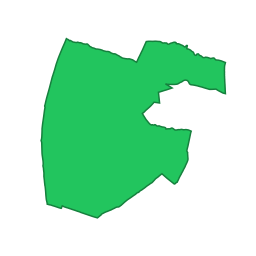 Santa Catarina Ayometla, Tlaxcala, Mexico (Albers equal-area conic projection), rotated 14°
{"feature_id": "50627088B90127145073625", "entity_name": "Santa Catarina Ayometla", "entity_type": "district", "adm_level": 2, "iso_a3": "MEX", "parent_name": "Mexico", "parent_adm1": "Tlaxcala", "projection": "albers", "projection_center": [-98.213, 19.193], "detail": "fine", "context": "isolated", "style": "filled", "palette": "green", "viewbox_px": 256, "rotation_deg": 14, "n_neighbors": 0, "source": "geoboundaries", "source_scale": "gbopen_adm2", "svg_char_len": 5725}
<svg xmlns="http://www.w3.org/2000/svg" viewBox="0 0 256 256"><g transform="rotate(14 128 128)"><path d="M214.2,71.1L213.5,68.9L213.1,67.6L212.7,66.2L212.0,63.9L211.7,62.8L211.2,61.3L210.4,58.7L210.0,57.2L209.7,56.4L209.4,55.3L209.3,54.8L209.1,54.4L208.8,53.3L208.7,52.7L208.5,52.2L208.2,50.8L208.1,50.3L207.9,49.7L207.6,48.8L207.5,48.1L207.0,46.0L206.9,45.5L206.8,44.8L206.7,44.0L206.7,43.5L206.7,42.8L206.7,42.6L206.7,41.8L206.7,40.9L205.9,40.8L202.1,40.3L199.3,40.3L197.6,40.6L196.4,40.6L194.8,39.4L193.8,39.4L192.2,40.2L191.5,40.6L190.6,40.5L189.3,40.4L188.1,40.3L186.2,40.5L185.1,41.2L183.8,41.5L182.9,41.1L181.8,40.5L181.1,40.3L179.7,40.2L179.0,39.5L178.3,39.1L177.1,39.5L176.7,40.4L176.5,41.0L175.9,41.1L175.2,41.0L174.5,40.5L173.9,39.7L173.1,38.7L172.3,38.4L171.1,38.1L170.4,37.6L169.5,37.2L168.6,37.0L167.5,36.8L166.8,36.9L165.9,36.8L165.8,36.4L165.7,35.3L165.7,34.6L165.6,33.7L165.2,33.6L164.6,34.0L164.3,34.9L163.6,35.6L162.9,35.5L161.8,35.0L160.8,34.7L159.3,34.5L158.4,34.3L157.3,34.1L156.4,34.1L155.3,34.4L154.4,34.4L154.0,33.6L153.3,33.4L152.4,33.5L151.4,33.9L150.4,34.6L149.5,35.1L148.6,35.6L148.1,36.2L147.3,36.8L146.4,37.0L145.7,36.7L145.0,36.2L144.1,36.4L143.1,36.5L141.4,37.1L140.5,37.0L138.8,36.4L137.7,36.4L136.4,36.7L135.0,36.9L133.4,37.2L130.9,38.0L128.9,38.4L127.7,38.7L126.3,39.1L124.8,39.7L124.0,44.1L123.1,49.2L122.6,51.4L122.1,53.9L121.7,55.8L121.3,57.3L121.3,57.6L120.7,60.7L120.4,62.1L119.6,61.9L118.8,61.7L117.8,61.4L117.1,61.1L115.8,60.7L114.9,60.7L114.1,60.6L112.4,60.6L110.8,61.1L109.6,61.2L109.0,61.3L107.4,61.4L105.6,61.5L104.6,61.1L103.2,60.8L101.8,60.2L100.2,59.9L99.2,59.6L98.3,59.3L97.2,59.2L96.4,59.5L95.4,59.5L94.3,59.4L93.2,59.2L92.2,58.8L91.3,58.6L90.0,58.6L88.5,59.0L87.5,59.0L85.2,59.0L84.1,58.7L83.3,58.7L82.8,58.6L81.8,58.6L80.6,58.7L79.3,58.8L77.9,59.1L76.6,58.9L75.5,58.7L74.5,58.8L73.5,58.7L72.5,58.3L71.2,58.1L70.4,57.5L69.5,57.0L68.5,56.4L67.8,56.4L66.9,56.8L66.2,57.0L65.5,57.0L64.9,57.1L64.2,57.2L63.8,57.1L63.1,56.9L62.3,56.8L61.5,56.7L60.9,56.8L60.5,57.0L60.0,57.0L59.5,56.9L58.1,57.0L57.5,57.5L56.2,57.7L55.5,57.7L54.5,57.9L53.1,57.7L52.1,57.3L51.3,57.2L50.7,57.0L50.3,57.1L50.2,57.4L49.7,57.2L49.2,57.0L48.4,56.6L47.7,56.5L47.2,56.4L46.6,56.2L46.0,60.6L45.8,61.7L45.0,66.3L43.9,73.8L43.4,77.7L42.9,83.5L42.7,90.1L42.6,90.6L42.6,91.8L42.5,92.6L42.4,94.2L42.4,94.6L42.2,96.8L42.1,108.5L41.8,118.3L41.8,122.3L41.9,125.0L41.8,126.8L42.3,127.8L42.5,127.9L42.5,128.0L42.7,131.1L43.3,136.3L44.2,145.1L44.8,149.6L45.2,151.2L45.7,153.5L45.8,153.7L45.8,154.0L46.5,157.4L46.8,159.8L46.7,160.6L46.7,160.9L46.8,161.4L47.0,161.6L47.4,162.3L47.8,163.0L49.8,170.1L50.7,173.3L51.2,174.8L53.4,180.2L53.6,180.7L54.3,182.9L54.6,184.6L54.6,185.3L55.0,186.1L55.5,187.1L55.7,187.5L56.0,188.5L56.8,190.6L57.3,191.9L57.8,194.0L58.1,195.3L59.4,198.7L60.2,201.0L60.7,202.3L61.2,203.7L61.7,204.7L62.2,206.0L63.3,209.1L64.8,213.7L65.8,216.5L66.2,217.5L67.5,220.0L68.1,221.5L69.0,221.4L69.2,221.5L69.8,221.5L70.4,221.5L70.8,221.5L71.6,221.4L73.7,221.6L75.9,221.7L78.3,221.9L80.7,222.1L82.6,222.1L82.8,221.9L82.9,219.9L82.9,219.6L83.0,219.5L83.2,219.4L85.1,219.9L87.9,220.1L88.8,220.1L90.9,220.3L92.4,220.4L93.5,220.5L96.3,220.7L99.3,221.0L101.7,221.1L102.0,221.2L102.1,221.3L115.3,222.4L117.4,222.5L120.1,222.6L120.7,221.8L122.1,219.9L122.9,218.9L122.9,218.7L123.0,218.3L123.2,217.9L123.6,217.6L124.8,216.5L125.6,215.8L126.2,215.2L126.3,215.2L126.7,214.9L127.5,214.3L128.2,213.9L129.2,213.1L129.9,212.6L131.6,211.4L132.2,210.8L133.9,209.4L134.4,209.0L135.1,208.3L135.6,207.9L136.0,207.6L136.4,207.4L137.0,207.2L137.6,207.0L137.9,206.9L138.3,206.6L138.9,206.1L139.3,205.4L140.1,204.6L140.4,204.1L141.0,203.2L141.5,202.5L142.6,200.8L143.8,199.2L144.9,197.7L146.3,196.2L147.3,195.1L149.6,192.4L150.3,191.6L150.8,191.1L151.4,190.4L151.9,189.6L152.6,188.7L152.9,188.4L153.4,188.1L153.9,187.9L154.4,186.9L154.8,186.3L155.3,185.7L156.3,184.8L157.3,183.6L158.9,181.7L160.0,180.2L161.1,178.9L162.3,177.6L163.2,176.5L164.0,175.7L164.6,175.1L165.0,174.4L166.2,172.2L167.0,170.6L167.8,169.6L168.8,168.5L169.5,167.5L170.5,166.1L170.8,165.7L171.2,165.2L171.5,164.8L171.8,164.5L172.0,164.2L178.2,167.4L186.3,171.1L186.9,171.0L187.6,170.1L187.9,169.5L188.2,169.1L188.9,168.6L188.9,168.1L189.2,166.8L189.4,166.0L189.7,164.0L190.2,161.9L190.8,159.8L191.0,158.6L191.5,157.0L191.9,154.9L192.6,152.3L192.8,151.2L192.9,150.3L193.3,148.3L193.4,147.9L193.7,146.1L193.7,145.7L193.8,145.0L193.8,144.3L193.7,143.7L193.5,142.9L193.2,142.1L192.9,141.2L192.6,140.2L192.1,138.7L192.0,138.4L191.8,137.3L190.9,136.5L190.8,136.4L190.5,135.1L190.5,133.9L190.5,130.9L190.2,122.5L190.0,117.5L190.1,115.8L187.1,115.3L184.6,115.5L183.3,116.0L182.2,116.3L181.4,116.3L180.1,116.4L179.3,116.8L178.0,117.3L177.1,117.4L176.1,118.0L174.5,118.5L173.5,118.4L172.5,117.9L171.4,117.5L170.6,117.4L170.0,117.7L169.0,118.6L167.8,118.9L167.0,119.1L165.1,119.8L164.7,119.0L164.0,118.6L162.6,118.5L161.0,118.7L158.9,118.6L157.6,118.4L156.5,118.9L155.5,119.0L154.8,118.7L154.0,118.3L153.2,118.3L152.4,118.9L151.8,119.0L151.0,118.9L150.5,119.1L150.2,119.4L149.6,119.3L148.9,119.1L148.2,118.9L146.5,117.7L144.9,116.5L143.4,115.4L142.8,114.8L142.4,114.4L140.1,112.2L138.4,110.4L139.5,109.1L140.2,108.0L140.9,106.7L142.3,104.7L143.8,102.5L144.7,101.1L145.1,100.4L146.5,97.8L147.0,96.7L150.6,96.3L152.6,96.1L148.9,86.0L151.1,84.7L152.4,83.9L155.0,82.3L155.6,82.0L161.1,78.5L153.6,76.1L155.5,76.1L156.6,75.9L159.2,75.3L160.5,75.0L162.5,74.5L164.2,73.9L165.3,73.4L166.2,72.7L167.4,71.4L168.9,70.3L170.5,68.5L171.8,67.7L173.7,67.5L175.2,68.2L177.0,70.3L178.4,70.8L180.8,70.5L182.4,70.4L185.0,70.3L187.3,70.4L189.7,70.4L192.7,70.6L197.8,70.8L200.4,70.1L203.9,69.0L206.7,69.9L211.7,71.1L214.2,71.1Z" fill="#22c55e" stroke="#15803d" stroke-width="1.5"/></g></svg>